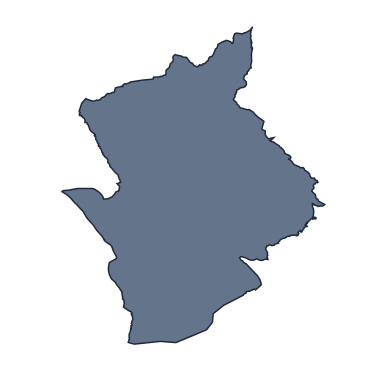 outline of Atexcal, Puebla, Mexico, rotated 338°
{"feature_id": "50627088B34758955275984", "entity_name": "Atexcal", "entity_type": "district", "adm_level": 2, "iso_a3": "MEX", "parent_name": "Mexico", "parent_adm1": "Puebla", "projection": "robinson", "projection_center": [-97.669, 18.376], "detail": "fine", "context": "isolated", "style": "filled", "palette": "slate", "viewbox_px": 384, "rotation_deg": 338, "n_neighbors": 0, "source": "geoboundaries", "source_scale": "gbopen_adm2", "svg_char_len": 5948}
<svg xmlns="http://www.w3.org/2000/svg" viewBox="0 0 384 384"><g transform="rotate(338 192 192)"><path d="M221.3,304.1L221.1,303.8L221.6,303.2L221.8,302.3L222.2,299.0L221.1,293.6L215.2,278.7L213.8,277.1L213.0,274.6L211.9,273.4L211.4,270.9L212.8,270.3L214.2,270.8L217.8,273.8L220.0,276.5L221.2,277.3L224.1,278.4L226.9,278.1L228.8,280.2L231.4,281.8L234.3,281.7L235.9,282.2L237.1,283.0L237.4,281.0L237.2,280.4L237.8,279.5L238.5,279.3L238.4,278.2L239.0,277.2L238.8,277.0L239.3,276.4L238.9,272.7L239.3,272.1L239.2,271.7L240.7,270.7L241.0,270.1L242.6,270.3L244.2,269.9L245.8,271.5L248.1,272.2L248.6,271.8L250.1,271.4L253.0,271.9L253.1,271.2L253.6,270.7L254.7,270.4L254.9,270.0L256.7,269.2L260.4,269.2L260.7,269.6L261.6,269.2L262.6,269.3L263.0,268.9L264.9,269.0L266.0,269.7L267.1,269.3L268.4,269.4L269.1,269.9L270.8,270.3L272.7,271.9L272.9,271.9L273.1,271.3L274.2,271.6L274.5,271.6L274.7,270.7L275.5,270.6L275.2,269.1L277.8,268.3L278.0,269.7L279.0,269.3L279.0,269.7L278.1,270.7L280.7,268.5L281.9,268.1L282.8,266.8L285.9,267.0L285.7,266.3L284.7,265.3L284.6,264.8L286.0,264.6L286.1,263.8L287.2,264.3L287.5,263.9L287.2,263.4L287.4,263.2L288.7,263.2L292.1,261.6L293.2,261.7L293.8,262.4L294.9,262.5L296.5,263.2L297.0,263.0L297.3,262.5L296.8,261.6L294.4,260.8L295.3,260.2L297.8,255.1L297.8,254.4L298.2,253.8L298.2,250.6L298.7,249.4L299.1,249.4L299.2,247.9L300.0,248.2L301.1,250.4L302.3,251.1L303.6,252.7L307.0,253.4L308.0,254.0L310.4,253.3L306.0,248.1L306.0,245.9L305.0,244.8L304.8,244.1L305.3,240.5L303.4,236.2L304.6,234.7L305.8,234.7L306.8,233.6L306.7,231.6L308.1,230.4L309.2,230.7L310.0,229.8L311.2,229.9L311.8,230.4L312.4,230.2L312.3,228.1L311.6,227.8L310.4,226.5L310.9,225.6L310.8,225.0L309.2,224.5L307.8,223.4L307.4,221.2L307.8,219.0L306.9,217.7L306.8,216.7L306.1,216.2L305.7,215.4L304.6,214.1L304.7,212.5L304.3,211.1L303.4,210.9L303.1,210.4L302.2,210.5L301.2,209.8L301.0,208.9L296.9,204.8L295.6,200.0L294.8,198.6L293.2,197.5L295.1,197.8L296.3,197.5L296.7,196.2L296.1,195.6L296.1,194.6L295.2,194.2L295.1,193.6L292.9,191.6L293.0,191.2L292.6,190.6L292.7,187.7L291.3,184.4L290.2,182.8L290.1,181.8L288.2,179.3L287.5,177.9L286.9,177.5L286.4,176.2L283.9,174.5L283.4,173.6L285.1,173.5L288.3,172.2L284.4,171.5L283.8,171.7L283.1,171.4L282.2,170.0L281.4,166.9L281.7,165.3L282.8,162.8L280.3,160.2L280.5,159.4L285.2,153.4L281.1,147.0L279.3,143.0L278.6,140.7L275.8,136.8L275.0,136.9L272.1,135.0L270.4,133.4L268.2,132.3L268.3,131.8L267.8,130.1L266.8,127.6L266.8,125.9L264.9,121.6L267.3,120.1L267.9,119.1L267.8,118.2L269.6,117.4L269.6,116.6L270.8,116.2L270.9,115.5L271.9,114.1L273.6,114.3L275.6,113.7L277.0,113.7L278.2,114.3L280.6,114.2L282.3,113.3L282.8,112.6L283.5,110.0L282.2,106.7L283.8,104.1L285.5,103.3L287.3,103.2L288.4,101.1L289.8,100.9L291.1,99.6L291.9,99.2L293.4,99.1L293.9,96.7L296.1,93.5L298.9,86.0L302.0,81.3L301.2,80.8L301.0,80.1L301.9,79.8L301.8,78.4L303.2,76.2L302.6,76.1L302.7,75.5L303.3,75.3L303.8,74.2L303.5,73.4L303.9,72.8L303.8,71.4L305.3,69.3L305.1,68.4L306.7,65.1L307.7,64.4L308.1,63.1L309.4,62.5L309.4,61.9L308.3,62.7L305.9,63.8L301.4,64.4L300.7,64.1L297.5,64.1L292.8,61.3L290.7,61.3L287.7,64.9L288.0,65.2L287.1,67.4L286.6,67.7L285.8,69.2L285.2,69.4L284.8,69.2L284.0,67.1L280.8,64.3L275.8,64.2L275.4,64.5L272.3,64.7L271.1,65.1L270.8,65.9L269.3,67.7L267.2,68.3L263.9,71.9L261.9,73.4L261.3,73.7L259.4,73.4L257.7,74.2L256.5,76.0L254.6,76.5L252.3,77.7L251.3,77.7L250.4,77.2L248.2,78.3L247.0,76.9L246.6,76.9L245.8,77.5L243.9,77.9L241.3,75.7L240.6,72.8L238.9,71.1L237.3,65.1L234.1,63.5L233.5,62.4L230.4,60.1L229.4,59.7L228.1,58.4L226.4,58.6L225.1,59.5L224.5,60.3L224.4,61.8L223.4,63.6L219.6,65.2L218.7,66.8L217.2,68.2L214.0,69.2L213.3,70.0L211.8,73.3L211.0,73.4L208.8,73.2L208.4,73.6L206.8,73.4L206.3,73.0L204.3,72.9L199.3,71.1L198.3,72.8L188.3,69.8L176.0,66.9L175.7,67.2L174.4,67.3L171.7,67.1L170.2,66.5L168.1,66.9L167.3,68.5L166.2,67.5L164.3,67.7L163.1,67.1L160.1,66.8L158.8,68.2L157.7,70.1L151.8,69.9L150.9,69.1L148.9,69.5L147.0,70.8L143.6,70.8L141.2,72.0L139.0,71.7L138.1,71.1L134.6,71.0L129.2,66.6L129.0,66.0L128.6,65.7L128.1,65.9L123.0,68.4L117.6,74.9L118.1,76.4L117.0,76.7L116.9,77.8L116.4,78.9L116.7,79.3L117.8,79.3L118.0,79.5L118.0,80.5L118.5,80.6L118.6,81.7L119.5,83.0L119.8,85.1L118.8,87.4L120.0,88.0L120.4,88.6L120.3,90.0L120.7,90.3L120.9,91.4L120.7,95.7L121.2,98.1L123.9,102.6L123.7,102.9L122.6,103.0L122.5,103.3L123.3,104.9L122.5,107.1L123.0,109.1L122.7,111.0L123.6,112.4L123.6,112.7L122.8,113.2L122.4,114.5L123.7,115.6L123.1,116.6L123.5,117.5L123.7,119.3L123.4,121.4L124.0,122.5L123.4,123.4L123.8,124.2L124.3,126.7L125.8,129.1L126.1,130.7L125.0,132.8L125.9,135.5L125.5,137.9L126.1,138.9L128.2,145.4L130.0,148.8L129.4,150.4L129.6,151.3L129.4,152.9L129.8,153.9L129.3,155.6L129.4,156.4L125.6,156.1L126.9,159.4L126.6,160.4L125.2,162.3L124.9,163.4L121.9,163.4L120.7,163.9L119.5,165.0L116.9,166.2L115.3,166.7L113.2,166.6L112.3,166.9L107.8,165.7L107.4,165.3L107.7,164.0L107.2,161.0L105.7,157.2L102.7,152.8L100.9,151.4L87.3,145.9L78.4,144.1L72.9,142.4L71.6,143.0L74.9,147.5L77.0,151.6L79.2,158.1L80.2,160.1L83.8,169.6L84.6,175.4L85.2,177.9L88.0,185.5L89.4,192.1L92.1,199.6L92.6,202.6L93.1,203.3L92.5,203.5L93.1,205.4L95.4,209.0L95.8,209.1L97.2,212.0L97.0,216.7L97.7,223.8L97.3,224.8L96.3,225.5L89.0,226.4L86.3,230.5L85.2,233.3L84.5,237.2L84.6,241.0L85.1,243.3L85.5,243.7L87.1,247.3L87.2,248.7L88.7,253.9L89.1,256.9L89.7,257.8L88.5,262.0L88.4,263.4L87.7,264.6L87.6,265.6L88.4,266.3L87.6,269.7L85.3,273.0L89.5,279.2L91.0,280.8L91.2,281.6L89.9,282.3L90.5,283.6L90.1,283.9L89.9,284.4L90.3,285.1L89.6,287.0L89.5,288.0L88.2,288.9L87.3,290.4L86.5,290.9L86.7,292.7L86.2,293.2L85.3,293.2L84.6,295.8L84.4,296.0L84.1,295.6L81.8,299.3L81.3,299.4L80.4,300.4L79.1,303.5L79.4,303.9L76.5,307.6L81.7,311.5L106.6,318.6L120.7,325.6L153.9,325.2L162.2,320.4L166.0,312.8L179.0,308.9L201.1,306.9L201.3,306.5L202.4,306.0L204.2,306.0L204.9,304.9L207.0,305.0L208.1,305.6L213.5,305.3L214.2,306.6L221.3,304.1Z" fill="#64748b" stroke="#1e293b" stroke-width="1.5"/></g></svg>